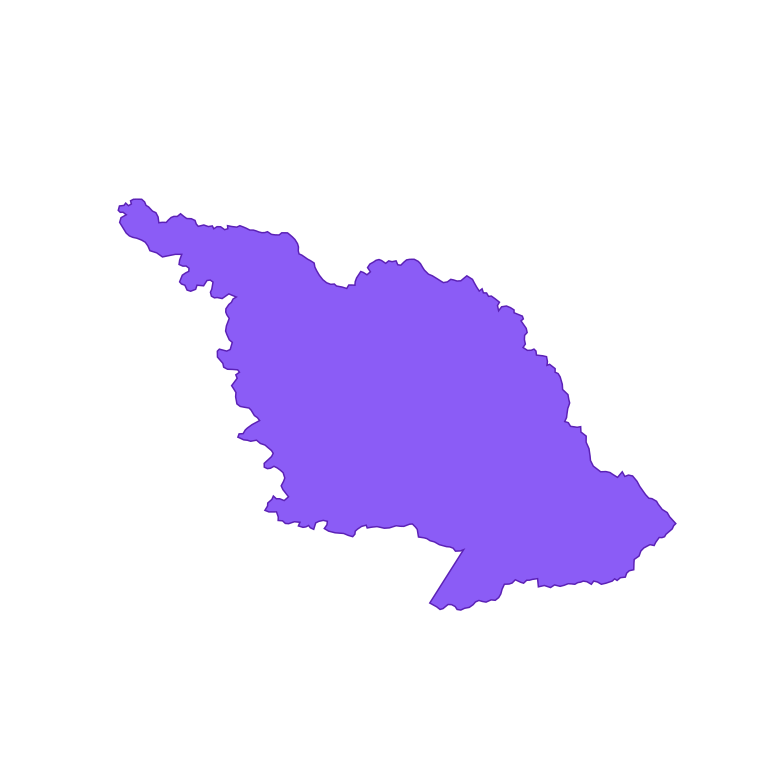 outline of Montividiu do Norte, Tocantins, Brazil, rotated 327°
{"feature_id": "56859067B39670898572312", "entity_name": "Montividiu do Norte", "entity_type": "district", "adm_level": 2, "iso_a3": "BRA", "parent_name": "Brazil", "parent_adm1": "Tocantins", "projection": "orthographic", "projection_center": [-48.752, -13.106], "detail": "fine", "context": "isolated", "style": "filled", "palette": "violet", "viewbox_px": 768, "rotation_deg": 327, "n_neighbors": 0, "source": "geoboundaries", "source_scale": "gbopen_adm2", "svg_char_len": 5606}
<svg xmlns="http://www.w3.org/2000/svg" viewBox="0 0 768 768"><g transform="rotate(327 384 384)"><path d="M259.1,90.6L255.7,93.6L256.3,96.4L258.7,97.8L260.0,101.7L254.0,101.3L250.3,104.5L250.1,112.6L250.0,117.0L251.1,121.1L253.2,124.2L256.1,127.1L259.1,131.3L261.0,135.1L261.2,139.5L260.3,144.7L264.8,150.2L267.4,156.8L270.8,158.1L279.6,161.6L285.0,165.1L280.1,168.8L277.2,172.1L279.5,175.6L282.3,177.3L283.5,180.7L281.6,183.2L278.0,182.8L274.1,182.9L268.2,187.0L268.6,189.8L270.8,192.7L270.0,198.0L272.4,200.9L277.6,202.0L281.0,199.3L286.2,203.4L291.9,200.8L294.9,202.2L296.1,205.4L291.2,210.7L288.4,212.5L287.1,216.3L288.7,219.4L291.2,220.6L294.8,224.2L303.0,223.9L304.8,226.7L307.5,230.6L303.7,230.5L300.5,232.4L297.2,232.8L292.4,234.8L290.5,237.4L289.9,240.2L289.9,244.7L283.5,249.4L280.0,253.3L279.2,256.8L278.3,262.6L279.4,266.5L276.8,268.7L273.8,271.3L270.0,270.7L264.9,265.1L262.1,265.7L259.0,270.7L260.1,278.9L258.7,282.6L260.8,286.4L264.8,289.2L269.0,292.4L269.2,295.4L264.7,295.6L264.0,299.2L255.3,302.4L255.3,306.4L255.2,310.5L252.6,313.9L249.8,320.6L251.2,324.5L254.4,327.6L257.7,330.6L258.3,333.5L258.1,339.9L259.5,343.2L259.8,346.9L255.9,346.6L251.2,346.2L245.5,346.5L242.6,347.0L238.8,348.9L235.3,346.9L232.5,349.0L235.9,354.4L238.8,356.8L241.0,359.4L246.5,361.7L247.9,366.5L250.9,370.3L253.4,378.6L253.3,381.8L250.2,383.6L240.3,385.3L238.3,388.5L240.1,391.5L242.9,392.8L246.9,393.1L248.8,396.3L250.1,399.8L251.1,403.4L249.6,408.8L246.8,410.9L242.3,413.4L241.7,417.5L242.5,426.6L236.8,427.4L234.0,423.4L231.2,421.6L230.2,417.7L227.1,419.7L221.7,420.5L219.9,422.9L215.3,425.1L217.8,428.6L224.2,432.7L222.9,437.9L220.9,440.8L224.4,443.5L225.3,447.2L227.9,449.2L233.8,450.7L238.2,454.2L234.9,456.4L238.0,460.1L240.7,461.3L243.7,461.6L243.9,464.5L245.9,467.6L251.1,463.3L254.5,463.7L258.8,465.3L261.7,468.3L259.5,471.0L255.2,472.7L257.4,477.2L261.9,482.1L268.8,487.4L271.6,491.5L274.6,495.0L277.8,494.1L279.7,491.8L282.7,491.3L287.6,491.2L292.2,492.7L291.5,495.6L295.8,497.4L300.5,499.8L305.7,505.1L310.2,507.6L317.0,509.5L320.2,512.2L323.1,514.2L329.1,515.5L331.6,516.9L332.5,521.2L332.7,524.1L329.6,531.1L333.9,534.9L335.8,537.1L337.3,540.5L340.3,543.9L342.9,548.9L347.8,554.4L350.5,556.5L352.6,559.4L352.9,563.1L357.2,565.6L360.5,566.3L303.1,592.6L306.8,599.5L308.2,603.6L311.2,604.5L317.6,603.8L320.5,605.8L322.5,609.4L322.5,612.9L325.3,615.4L329.5,616.0L333.9,617.8L338.6,617.6L342.0,616.6L345.7,617.2L348.0,619.9L350.8,622.5L356.3,623.4L359.5,626.0L363.9,625.6L367.6,623.7L371.3,620.4L375.9,617.5L380.0,619.9L383.1,620.7L387.5,619.7L390.7,624.8L392.6,627.1L396.8,626.3L399.2,627.8L402.1,628.7L406.8,630.9L404.4,635.5L403.0,638.2L408.7,640.3L412.8,645.4L417.6,645.4L421.5,649.6L425.4,650.9L429.7,651.8L432.3,653.7L435.0,655.9L438.3,656.1L441.1,657.3L443.7,657.8L446.5,660.3L448.8,664.9L452.5,663.5L455.2,666.3L457.2,670.3L461.5,671.9L468.1,673.6L471.3,673.0L472.5,675.7L476.8,675.2L481.2,677.4L484.5,674.8L488.0,674.2L492.3,675.8L496.1,670.3L498.3,667.4L504.2,667.2L508.4,664.0L512.6,663.0L516.4,663.3L519.6,663.6L522.6,666.6L525.6,664.8L531.2,662.6L533.4,664.2L536.1,664.9L538.6,663.6L546.8,662.5L549.8,660.6L552.7,660.0L551.2,650.9L551.5,646.1L549.0,640.7L548.5,634.1L548.7,630.8L546.3,626.1L543.9,624.0L543.1,619.2L542.7,609.2L543.2,603.4L542.4,596.5L539.4,593.5L535.6,592.7L536.0,587.4L529.0,589.5L526.8,584.8L525.3,581.3L522.4,578.3L517.9,575.6L514.8,566.9L515.5,560.6L517.6,556.6L520.7,549.9L521.8,542.9L525.2,537.8L523.0,531.5L525.7,526.9L522.4,525.5L520.3,523.6L517.4,521.1L517.5,516.8L515.1,513.9L518.8,511.6L521.2,508.7L524.8,504.6L527.1,502.9L529.4,501.0L530.5,497.8L532.5,493.1L530.8,485.9L533.4,481.3L535.6,474.0L535.7,470.1L533.9,467.3L535.9,464.3L533.6,457.7L530.9,457.1L533.3,454.2L535.2,449.6L532.5,446.8L527.6,442.8L529.4,439.1L528.8,436.4L525.9,435.9L522.6,433.9L520.5,429.1L524.3,427.5L525.9,423.3L528.4,419.8L532.1,418.8L533.6,414.8L533.3,405.7L536.3,405.3L537.0,402.4L531.9,395.1L533.4,392.7L531.7,388.9L529.2,385.3L524.7,383.3L520.0,385.0L521.9,380.0L525.4,378.3L523.5,372.7L521.9,368.7L519.4,367.4L519.6,363.5L517.0,361.7L518.1,357.6L514.5,357.9L514.5,353.2L514.8,348.3L515.2,344.4L513.6,341.0L512.4,338.4L509.6,338.7L504.6,339.3L501.3,337.4L499.1,334.7L497.0,332.6L492.8,332.9L489.0,331.3L487.8,328.8L486.2,325.3L483.5,319.6L481.1,316.1L479.9,310.5L479.9,307.1L480.1,302.9L479.5,299.8L477.3,295.9L473.4,293.4L470.5,292.2L467.2,292.6L462.8,293.5L460.5,291.5L461.2,287.3L457.4,285.8L455.0,283.3L451.1,283.7L449.2,279.1L447.6,276.9L444.7,275.9L441.7,276.0L437.5,275.7L433.6,277.4L433.7,282.5L429.2,283.1L427.5,279.3L425.8,277.0L418.8,280.1L415.7,282.4L413.4,285.3L411.1,283.6L408.4,281.8L404.8,283.6L401.6,279.8L397.5,275.9L396.8,273.1L393.6,271.4L391.0,267.8L389.5,263.2L389.0,257.6L389.2,252.6L389.7,248.3L391.3,244.5L389.5,240.5L387.9,237.6L386.7,234.6L385.3,231.2L383.6,228.6L384.6,225.7L386.9,222.5L387.9,219.2L388.0,214.3L387.3,210.9L386.5,208.1L385.4,204.7L380.6,201.5L377.3,201.9L374.1,199.8L371.1,197.2L369.2,192.8L366.5,192.1L364.0,190.6L361.9,188.4L360.1,185.9L358.3,183.8L355.3,181.8L353.4,178.5L351.6,175.8L349.3,172.7L346.0,172.3L342.1,169.0L339.0,166.0L337.6,168.7L334.4,167.8L332.6,163.1L329.6,161.1L325.8,161.1L326.1,157.9L322.4,156.3L319.5,152.5L314.1,150.6L313.7,147.6L314.6,143.9L312.4,140.4L308.7,137.8L307.5,134.8L306.1,130.4L301.9,130.9L299.1,129.0L296.2,128.4L292.2,129.1L289.4,129.9L286.2,127.7L283.0,126.1L285.5,120.9L286.0,116.1L284.0,112.9L283.0,107.2L281.7,104.6L282.4,100.9L281.4,97.1L276.9,94.1L274.4,92.6L271.2,92.3L270.2,95.4L266.8,95.3L265.9,91.6L263.2,92.6L259.1,90.6Z" fill="#8b5cf6" stroke="#5b21b6" stroke-width="1.5"/></g></svg>